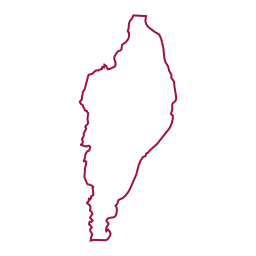 the County of Nimba
{"feature_id": "LBR-791", "entity_name": "Nimba", "entity_type": "County", "adm_level": 1, "iso_a3": "LBR", "parent_name": "Liberia", "parent_adm1": "", "projection": "robinson", "projection_center": [-8.946, 6.763], "detail": "fine", "context": "isolated", "style": "outline", "palette": "rose", "viewbox_px": 256, "rotation_deg": 0, "n_neighbors": 0, "source": "natural_earth", "source_scale": "10m", "svg_char_len": 4129}
<svg xmlns="http://www.w3.org/2000/svg" viewBox="0 0 256 256"><path d="M154.7,31.9L159.1,34.4L161.1,38.6L163.2,47.2L164.5,58.9L165.1,61.3L165.8,62.7L167.6,65.6L168.3,67.2L169.2,71.0L169.7,71.9L170.9,73.7L171.4,74.7L171.4,75.5L171.2,77.0L171.3,77.8L171.7,78.5L173.2,80.3L173.9,81.6L174.2,82.7L174.3,85.7L176.2,97.2L175.9,100.1L175.1,101.2L172.9,103.2L172.3,104.2L172.2,106.3L172.3,108.3L172.2,110.2L170.9,113.6L171.4,114.5L172.3,115.1L172.8,115.8L172.9,117.5L172.7,119.2L171.8,122.8L170.5,126.3L169.0,128.9L159.4,141.0L157.3,143.7L149.6,150.6L148.1,152.6L147.9,152.6L146.1,153.7L146.1,153.9L145.6,155.6L145.4,156.1L144.9,156.4L143.6,156.7L143.1,156.9L140.5,160.7L138.7,165.2L136.2,174.8L129.8,189.3L128.1,192.2L125.7,195.4L122.9,198.0L119.9,199.3L118.4,200.2L117.1,204.1L115.5,205.6L116.7,207.6L116.9,210.6L116.4,213.7L115.5,216.0L113.8,217.3L109.5,217.9L107.6,218.6L106.3,220.6L107.1,222.1L108.5,223.3L108.4,224.4L106.5,227.2L105.9,230.0L106.4,231.3L108.0,229.6L109.6,231.3L110.5,233.2L110.2,235.4L108.6,238.1L107.6,239.3L105.8,240.2L93.5,239.9L90.7,240.6L91.1,237.8L91.2,236.8L91.3,236.6L92.2,235.0L92.2,234.6L92.1,234.0L91.6,233.1L90.5,231.4L90.2,230.6L90.1,230.0L90.2,229.4L90.6,228.5L91.4,227.7L91.6,227.6L91.8,227.5L91.7,227.3L91.4,226.9L91.2,226.7L91.0,226.4L90.6,225.9L90.3,225.4L90.0,225.0L89.8,224.8L89.6,224.7L89.4,224.6L89.2,224.6L89.0,224.1L89.1,223.7L89.5,222.2L89.6,221.9L89.8,221.7L90.0,221.7L90.9,221.8L91.2,221.8L91.4,221.7L91.8,221.5L92.1,221.3L92.5,220.8L92.6,220.6L92.6,220.4L92.5,220.2L90.8,218.6L90.3,218.1L90.1,217.7L90.1,217.4L90.3,216.9L92.1,214.5L92.2,214.3L92.4,214.0L92.3,213.7L92.1,213.2L91.2,211.5L90.9,211.1L90.3,210.8L90.0,210.5L89.9,210.4L89.9,210.2L90.0,209.8L90.4,208.4L90.4,208.1L90.4,206.4L90.3,206.1L90.1,205.7L89.5,205.1L87.3,203.4L87.1,203.2L87.0,202.9L87.1,202.7L87.5,202.4L88.0,202.1L88.2,201.8L88.3,201.2L88.6,201.0L88.8,200.7L88.8,200.2L88.8,199.3L88.9,198.7L89.0,198.5L89.4,198.6L89.6,198.9L89.7,199.3L89.8,199.5L90.0,199.6L90.3,199.3L90.7,198.5L90.9,198.2L91.1,197.8L91.2,196.4L91.4,196.1L91.6,195.8L93.0,195.3L93.2,195.1L93.3,195.0L93.3,194.8L93.3,194.4L93.2,193.0L93.1,192.5L93.0,192.1L93.1,191.8L93.0,191.2L92.7,188.8L92.6,188.1L92.8,187.6L93.3,187.0L93.2,186.6L92.5,186.1L90.5,185.0L88.0,184.3L87.6,184.2L86.6,182.6L84.5,177.4L84.6,173.8L84.9,171.9L84.9,171.4L84.8,169.5L84.8,168.7L85.0,168.0L85.8,165.4L86.3,162.5L86.3,162.1L86.2,161.6L85.7,161.2L85.4,161.1L85.2,161.1L84.6,161.3L84.4,161.3L84.2,161.3L83.9,161.2L83.8,160.9L83.8,160.6L84.8,158.6L84.9,158.0L85.4,154.6L85.8,153.5L86.0,153.1L87.1,151.5L87.3,151.3L87.5,151.2L89.0,150.6L89.2,150.4L89.4,150.2L89.6,149.6L89.7,149.3L89.7,149.1L89.9,148.1L90.2,147.2L90.2,146.9L90.0,146.6L89.3,146.1L88.9,145.9L88.1,145.7L87.1,146.1L86.9,146.3L86.3,146.6L85.1,146.3L80.2,144.6L81.3,144.6L81.8,144.3L82.2,143.8L82.8,141.8L82.8,141.0L82.0,139.5L82.0,138.9L82.9,137.8L83.2,137.2L83.5,136.4L83.9,134.7L83.7,133.9L83.7,133.3L84.4,132.2L84.7,131.6L84.9,131.0L85.1,130.4L85.9,129.6L86.1,129.1L86.1,128.4L85.7,127.7L85.4,127.2L85.3,126.6L85.7,126.0L86.1,125.5L86.5,125.1L86.9,124.7L87.7,123.9L88.0,123.4L88.1,122.5L87.6,120.0L87.5,118.8L87.6,117.5L88.2,114.1L88.2,113.2L87.3,112.2L86.8,111.1L86.5,110.9L86.3,110.8L85.8,110.8L85.5,110.7L85.0,110.5L84.7,110.0L84.4,108.7L84.1,108.2L83.7,107.7L83.4,107.1L83.1,106.2L82.9,105.5L82.5,105.0L81.6,104.4L81.1,104.1L80.5,103.1L79.9,102.3L79.8,101.8L81.6,99.7L81.8,99.4L81.9,97.7L82.0,96.6L82.5,95.1L82.6,93.9L82.8,92.1L84.7,89.1L88.2,75.9L88.6,74.8L89.2,74.6L90.7,74.3L92.1,73.8L93.6,72.6L94.9,71.2L96.4,70.3L98.2,70.5L99.1,69.9L101.4,69.1L101.9,69.0L102.2,67.1L102.7,67.0L103.9,67.5L104.4,64.7L105.8,65.6L107.8,69.3L109.2,69.1L113.8,67.1L115.0,66.3L115.7,63.9L115.2,61.6L114.4,59.4L114.2,57.4L114.7,56.1L115.7,54.4L117.6,51.7L118.6,51.0L120.4,50.4L121.3,49.5L121.7,48.4L121.8,45.9L122.2,44.8L122.8,44.2L125.8,42.2L127.6,40.0L128.7,37.8L129.1,35.4L129.0,32.6L128.7,32.0L128.2,31.9L127.8,31.7L127.7,30.9L127.9,30.2L128.5,29.0L128.6,28.3L128.9,24.1L129.6,21.6L132.4,17.8L133.3,15.4L146.0,16.1L145.4,20.6L146.0,23.9L148.0,26.7L151.5,29.5L154.7,31.9Z" fill="none" stroke="#9f1239" stroke-width="2"/></svg>